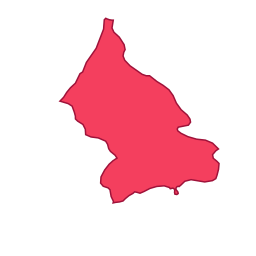 map outline of Sanmatenga (orthographic projection), rotated 318°
{"feature_id": "BFA-2825", "entity_name": "Sanmatenga", "entity_type": "Province", "adm_level": 1, "iso_a3": "BFA", "parent_name": "Burkina Faso", "parent_adm1": "", "projection": "orthographic", "projection_center": [-1.043, 13.248], "detail": "fine", "context": "isolated", "style": "filled", "palette": "rose", "viewbox_px": 256, "rotation_deg": 318, "n_neighbors": 0, "source": "natural_earth", "source_scale": "10m", "svg_char_len": 1555}
<svg xmlns="http://www.w3.org/2000/svg" viewBox="0 0 256 256"><g transform="rotate(318 128 128)"><path d="M181.2,204.1L178.0,203.7L173.0,204.4L171.1,207.6L171.8,212.2L171.9,215.3L167.6,219.3L162.5,222.7L159.4,224.4L155.5,223.6L148.9,219.4L140.3,208.6L134.6,205.6L129.0,205.8L126.7,205.7L126.4,205.0L125.3,204.4L124.0,204.6L122.9,205.2L122.5,205.9L122.4,207.4L122.2,209.1L121.4,210.3L119.8,210.1L118.6,208.6L119.4,207.1L120.8,205.8L121.6,204.5L121.2,202.8L120.2,202.1L119.3,201.8L118.8,201.4L119.0,200.0L116.2,195.2L110.3,190.7L103.9,187.6L97.4,185.9L93.3,184.5L91.7,181.9L90.2,179.9L87.9,179.9L83.5,178.9L78.8,178.7L75.5,178.9L72.3,177.3L68.9,174.9L66.8,173.7L68.1,172.8L69.6,167.7L73.3,161.8L73.1,159.1L70.6,154.7L70.8,150.6L75.2,146.3L82.6,143.6L89.8,142.3L95.2,142.3L99.7,143.0L100.2,139.5L99.3,133.8L99.8,130.5L101.9,126.5L102.6,122.8L99.3,115.5L94.5,109.9L92.1,104.6L95.5,100.3L96.9,95.2L95.2,89.2L95.0,86.1L96.9,83.9L98.8,80.1L101.1,74.4L99.9,69.9L95.4,62.5L100.8,62.1L106.4,60.5L112.2,59.6L118.9,59.5L128.7,55.5L131.8,56.0L141.0,51.4L157.7,47.5L176.0,38.2L182.8,31.7L184.9,31.6L185.3,32.7L186.6,35.1L188.3,37.2L189.2,38.0L183.0,43.0L181.6,47.4L182.3,54.6L180.9,63.4L178.3,67.8L175.5,68.9L172.5,71.2L170.9,75.5L171.1,83.1L174.4,97.5L176.5,101.4L179.0,103.6L180.6,112.9L182.6,119.7L184.0,127.0L183.2,134.1L180.6,141.8L179.7,150.0L180.7,158.0L180.0,162.9L178.4,165.5L174.8,166.3L165.9,161.0L163.9,161.7L163.1,163.4L163.8,167.3L166.7,174.5L171.5,182.2L177.4,188.8L180.7,195.8L181.2,204.1Z" fill="#f43f5e" stroke="#9f1239" stroke-width="1.5"/></g></svg>